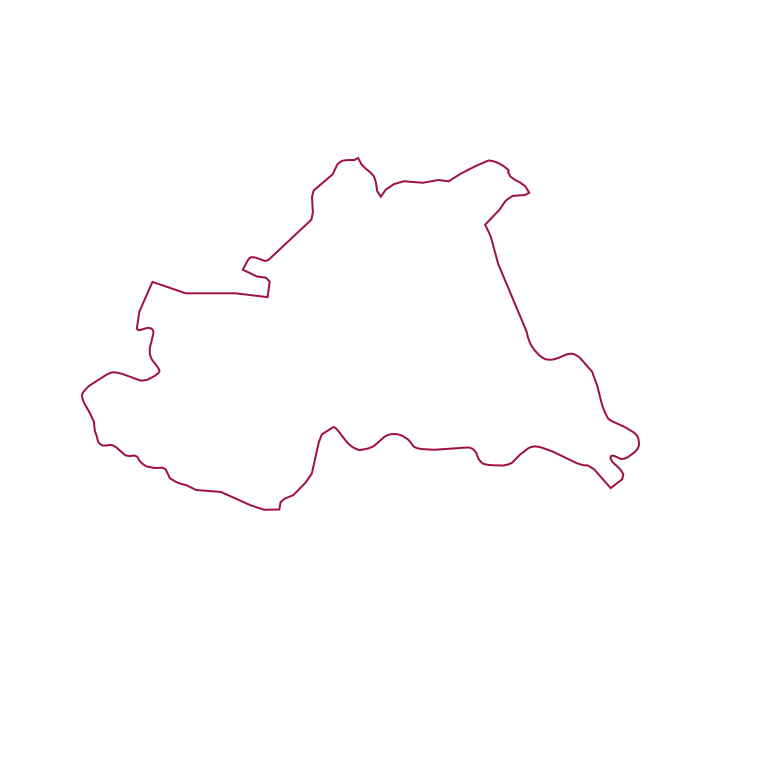 SVG path tracing the border of Pavia, rotated 314°
{"feature_id": "ITA-5449", "entity_name": "Pavia", "entity_type": "Province", "adm_level": 1, "iso_a3": "ITA", "parent_name": "Italy", "parent_adm1": "", "projection": "orthographic", "projection_center": [9.018, 45.044], "detail": "fine", "context": "isolated", "style": "outline", "palette": "rose", "viewbox_px": 768, "rotation_deg": 314, "n_neighbors": 0, "source": "natural_earth", "source_scale": "10m", "svg_char_len": 3070}
<svg xmlns="http://www.w3.org/2000/svg" viewBox="0 0 768 768"><g transform="rotate(314 384 384)"><path d="M296.6,146.5L311.5,178.4L346.2,214.3L365.6,239.9L378.2,230.7L378.5,225.3L373.1,217.9L368.1,203.0L379.5,199.8L382.8,200.2L385.5,203.4L389.9,213.1L393.1,214.7L451.9,217.6L458.2,213.5L468.5,202.3L474.3,199.0L499.2,201.4L509.9,197.8L514.9,198.6L518.6,201.1L524.7,207.2L528.6,208.4L526.3,215.3L526.2,221.5L526.8,227.2L526.4,232.4L523.9,237.4L518.0,245.2L516.5,251.6L525.1,250.2L534.8,252.4L543.6,257.4L555.8,272.2L568.6,281.5L574.7,289.7L587.5,292.8L594.6,295.1L606.2,299.2L617.5,304.0L620.5,308.4L622.6,313.5L623.9,319.1L624.3,325.3L622.7,326.0L621.0,330.8L621.8,336.2L623.5,342.0L624.4,348.2L622.5,355.6L618.0,354.2L608.7,345.9L603.5,344.6L599.5,344.3L589.6,346.0L568.8,346.1L565.7,354.7L563.8,359.1L549.7,382.7L520.8,450.1L517.2,455.8L514.7,461.1L513.7,464.6L512.9,468.8L512.5,475.8L513.0,479.8L513.9,482.8L515.0,484.5L517.8,487.6L519.5,488.9L523.4,491.1L531.9,494.7L535.4,497.1L536.7,498.7L537.7,500.6L538.4,502.8L538.8,505.6L538.8,508.4L537.4,525.1L530.8,538.7L520.2,555.8L516.6,563.7L514.8,569.3L515.2,571.8L515.7,574.1L520.4,587.4L522.6,597.0L522.8,599.5L522.4,602.5L521.2,605.2L518.6,608.5L516.4,610.4L513.0,611.5L508.8,611.6L500.6,610.2L496.9,608.5L494.6,606.5L492.3,599.8L491.2,598.0L489.7,597.4L487.9,598.3L486.7,602.3L486.6,605.3L486.8,611.1L486.6,613.8L485.4,618.8L481.1,621.5L466.6,619.4L468.6,594.2L466.9,586.8L465.3,585.4L463.3,582.5L460.9,577.6L452.5,552.0L447.8,541.6L445.8,538.3L443.9,535.8L442.2,534.5L440.5,533.4L438.3,532.5L427.8,530.9L416.6,530.9L412.9,529.5L408.4,526.6L400.9,518.5L397.7,514.4L395.6,510.9L395.3,508.5L395.5,506.0L396.0,503.4L398.1,499.1L398.9,496.7L398.9,492.7L397.9,490.2L396.6,488.4L371.7,465.9L363.0,455.9L360.6,452.0L359.6,448.6L360.6,443.2L360.8,439.7L359.6,433.6L358.2,430.3L356.7,427.9L354.4,425.4L353.6,424.6L350.3,422.4L346.4,421.0L332.8,419.9L329.8,418.9L326.6,417.4L320.1,412.9L319.2,412.0L318.3,410.0L317.6,408.1L317.0,406.0L316.5,403.5L316.3,400.9L316.4,398.1L318.7,381.8L318.5,378.2L317.2,377.3L304.5,374.3L296.8,377.6L269.4,394.3L258.7,396.1L241.3,396.0L232.5,392.2L227.1,391.7L221.0,395.9L210.3,385.2L204.1,372.3L193.0,341.6L177.3,322.6L173.6,311.3L172.7,310.2L169.8,304.5L168.8,301.3L167.5,295.4L171.0,286.1L170.4,284.2L169.3,282.0L166.8,279.9L163.8,276.8L159.6,270.1L158.8,265.4L159.0,261.6L160.2,257.0L159.4,254.6L157.7,252.8L155.4,251.2L153.0,247.3L152.4,235.1L151.4,231.3L149.4,228.8L147.0,227.2L144.3,224.3L143.6,221.6L143.7,219.2L144.3,217.7L147.1,213.3L149.4,208.5L150.2,207.6L155.3,201.6L158.9,192.3L161.8,182.1L163.8,177.6L165.9,174.6L167.8,173.7L170.4,173.1L177.7,173.1L197.8,177.9L202.1,179.5L203.8,180.7L205.4,182.3L207.8,185.8L209.9,189.7L217.1,206.0L219.4,208.5L222.8,210.9L231.1,213.6L234.7,214.1L237.2,213.7L238.2,212.0L238.9,209.8L240.0,201.8L240.6,199.4L241.5,197.2L242.7,195.2L244.1,193.5L247.1,190.6L259.8,183.2L261.6,181.6L262.4,179.7L262.1,177.6L261.1,175.9L259.5,174.5L253.7,171.2L252.0,169.9L252.2,167.7L266.0,157.8L296.6,146.5Z" fill="none" stroke="#9f1239" stroke-width="2"/></g></svg>